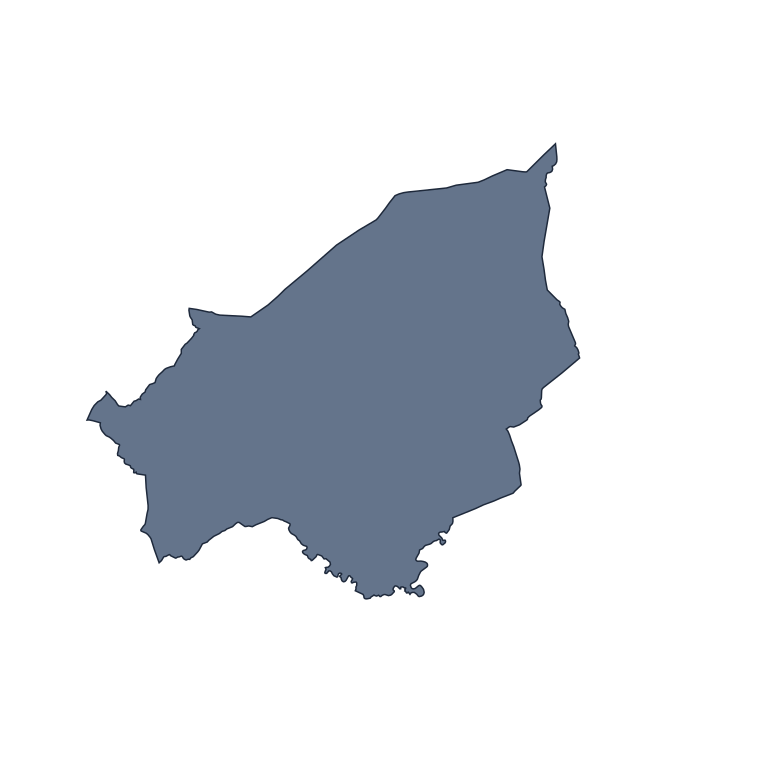 Phu Thien, Gia Lai, Vietnam (Robinson projection), rotated 49°
{"feature_id": "81297802B15377501666570", "entity_name": "Phu Thien", "entity_type": "district", "adm_level": 2, "iso_a3": "VNM", "parent_name": "Vietnam", "parent_adm1": "Gia Lai", "projection": "robinson", "projection_center": [108.328, 13.506], "detail": "fine", "context": "isolated", "style": "filled", "palette": "slate", "viewbox_px": 768, "rotation_deg": 49, "n_neighbors": 0, "source": "geoboundaries", "source_scale": "gbopen_adm2", "svg_char_len": 6169}
<svg xmlns="http://www.w3.org/2000/svg" viewBox="0 0 768 768"><g transform="rotate(49 384 384)"><path d="M559.8,502.4L559.4,500.8L559.7,499.6L561.1,497.9L564.1,497.2L566.5,497.3L567.2,497.1L567.7,496.7L568.7,494.7L568.9,493.2L568.7,492.1L568.2,491.2L567.5,490.3L564.9,488.9L562.3,488.6L560.7,488.6L559.6,488.9L559.1,489.5L558.9,490.6L558.8,494.6L557.8,496.4L556.8,497.0L555.6,497.1L553.3,496.2L552.7,495.3L552.5,494.5L553.5,490.5L553.6,488.4L553.2,486.8L551.2,483.3L549.8,479.8L549.6,478.6L550.1,472.0L550.0,470.9L549.6,470.3L548.6,469.5L547.6,469.2L545.7,469.6L543.7,470.8L541.9,472.3L539.8,474.9L538.7,475.4L537.6,475.3L537.1,475.0L536.5,473.9L534.6,468.5L532.6,466.0L533.5,462.8L533.0,460.3L533.0,458.6L534.9,454.5L535.3,453.0L535.3,450.0L535.7,448.5L536.5,447.3L537.1,444.3L537.8,443.9L538.7,443.9L540.7,445.8L543.0,445.9L543.9,445.2L544.0,442.3L543.5,441.1L542.7,440.5L541.9,440.4L540.7,442.0L540.2,442.2L539.3,441.7L537.9,441.4L534.2,441.7L532.9,441.1L532.5,440.6L532.6,438.8L533.7,437.4L534.9,435.2L535.9,435.3L537.4,434.9L537.6,434.3L536.7,430.3L534.6,427.3L534.3,424.3L534.0,423.5L532.8,422.0L530.1,419.8L538.1,396.5L540.5,388.1L544.5,377.5L546.4,371.3L550.9,358.8L551.1,358.0L550.7,355.6L550.3,347.2L549.9,346.6L540.2,340.3L537.4,337.2L533.8,334.9L531.4,333.7L516.4,327.2L510.5,325.1L504.9,322.7L500.8,321.4L498.2,321.3L498.6,317.3L498.9,316.7L501.6,314.3L503.7,308.5L504.9,299.9L504.8,299.0L503.8,297.6L503.7,295.2L505.0,284.2L505.1,280.8L505.0,280.1L504.3,279.2L502.1,278.9L501.1,278.4L499.1,277.0L498.6,276.5L498.5,275.4L497.7,274.3L492.4,269.3L491.5,267.9L491.3,265.9L492.4,242.2L492.7,219.3L488.9,217.7L488.7,216.9L488.2,216.4L485.4,215.2L482.9,214.7L480.3,215.1L479.4,213.1L478.3,212.4L461.7,207.0L459.8,205.8L457.9,203.5L454.5,201.9L450.0,200.5L446.3,198.5L443.6,199.4L441.6,199.5L439.1,199.1L437.9,197.6L437.1,197.4L434.0,198.2L420.2,199.1L411.7,194.1L402.3,187.9L391.6,181.3L381.4,169.6L360.1,143.5L340.6,133.6L340.6,131.7L340.1,130.5L339.8,130.2L337.3,129.7L335.7,128.1L334.5,126.1L333.2,125.0L332.2,123.5L332.0,122.2L333.2,120.1L333.6,118.3L333.5,117.5L332.5,115.8L330.0,114.2L330.5,112.8L330.5,110.1L329.6,107.9L328.0,106.2L325.9,104.5L315.2,97.0L315.9,112.8L317.5,137.0L316.7,138.2L315.0,139.9L303.0,150.5L298.1,165.6L295.6,174.7L293.5,180.6L281.3,199.1L277.1,208.2L255.0,239.7L252.5,243.6L250.4,248.0L249.1,252.1L250.7,260.7L252.4,267.8L254.8,279.9L255.0,282.3L251.4,301.9L248.0,328.7L248.2,367.5L247.6,396.5L248.2,406.1L248.3,419.6L246.0,440.5L239.6,446.8L224.3,462.7L220.9,465.2L216.5,466.8L215.1,468.8L204.9,476.4L199.1,481.4L200.3,482.8L205.2,485.9L207.0,486.4L209.7,486.7L213.6,489.3L214.7,489.2L216.0,488.4L217.8,488.8L221.1,487.1L220.9,488.8L221.6,490.3L221.7,491.4L221.2,493.3L221.8,495.0L222.5,495.7L223.2,499.1L223.9,505.8L223.6,508.0L224.9,514.3L227.9,516.9L229.9,523.4L232.1,529.2L232.8,530.3L230.9,533.9L229.3,538.1L229.0,540.1L229.3,543.0L229.4,547.7L229.8,550.0L230.4,552.3L232.7,555.9L231.9,558.5L230.8,560.9L230.7,561.5L232.0,567.6L233.3,569.6L233.0,573.1L233.9,576.2L234.2,576.8L235.9,577.9L234.3,579.1L233.9,582.1L233.0,583.9L234.0,589.6L232.4,590.6L232.0,591.2L231.6,594.2L226.7,598.5L224.7,598.6L220.3,597.9L215.4,598.3L212.0,598.1L206.9,598.6L209.0,599.5L209.6,600.5L210.5,608.3L209.7,611.7L210.1,616.8L211.5,621.3L216.4,631.8L217.6,630.2L220.7,627.8L227.2,623.5L228.9,625.4L232.2,627.0L234.8,627.6L239.1,627.7L240.8,627.5L243.9,626.1L245.7,625.7L249.3,625.2L252.5,625.3L256.1,623.4L256.9,623.9L257.7,625.7L260.0,628.2L261.7,630.8L263.2,631.8L264.7,630.9L267.3,630.5L269.9,629.2L270.6,629.4L271.9,630.8L273.3,631.6L275.1,631.4L277.3,630.0L279.3,629.1L280.6,629.8L281.5,629.9L284.1,628.9L285.1,629.5L286.4,630.9L286.9,631.0L287.7,630.2L287.9,628.9L289.1,629.4L289.7,629.4L296.3,623.8L306.2,631.5L321.0,641.8L323.8,644.3L326.4,647.9L332.5,655.4L333.2,656.6L333.5,659.1L334.5,663.1L335.2,663.7L335.7,663.7L340.5,661.4L342.6,661.0L346.2,661.1L348.0,661.4L358.5,666.0L371.4,671.0L371.3,667.8L370.0,663.8L370.1,663.1L371.0,661.7L371.8,658.1L372.3,657.6L373.3,657.8L378.6,655.6L379.0,654.9L379.2,653.4L380.2,651.8L380.8,650.1L381.3,649.6L382.2,649.5L383.8,649.8L385.0,649.7L386.6,649.1L387.2,648.5L387.3,647.8L388.0,646.5L388.9,645.7L388.5,643.8L389.2,641.2L388.5,634.8L388.0,632.4L385.5,625.9L387.3,621.1L387.0,618.7L387.3,612.3L388.9,606.2L389.0,603.0L390.2,600.2L390.3,597.7L392.3,591.9L392.1,587.6L392.3,585.5L393.3,584.2L400.2,582.5L400.9,581.8L402.4,579.2L405.3,577.0L406.2,573.1L409.2,564.5L409.9,560.6L411.3,556.3L415.8,552.4L418.9,550.8L420.0,549.8L422.1,549.2L423.5,548.4L427.6,546.7L428.4,547.0L429.0,547.7L430.2,550.6L431.8,551.5L434.0,552.0L436.0,552.0L439.3,550.8L441.3,550.4L444.8,551.1L447.1,550.6L450.3,551.2L452.8,550.7L455.8,548.9L456.8,549.2L457.8,550.7L457.8,551.9L456.7,554.2L456.9,555.3L457.8,555.9L459.1,556.0L460.9,555.5L463.1,554.4L465.4,555.2L466.8,555.1L468.2,554.4L469.5,554.8L469.9,554.3L470.0,553.6L469.8,548.7L468.9,546.4L469.2,545.8L472.9,543.8L476.7,544.0L477.8,542.4L483.0,541.6L485.0,542.7L485.6,544.6L485.6,546.3L484.3,548.2L484.1,548.8L485.7,549.2L487.3,552.2L487.9,552.6L488.4,552.6L489.3,551.5L488.9,548.3L489.7,547.3L491.2,546.9L493.4,547.5L495.9,547.6L498.9,546.2L499.0,545.4L497.6,543.3L497.4,542.6L497.7,541.4L498.5,540.7L499.4,540.5L499.8,540.8L499.9,543.2L500.2,543.8L501.8,543.4L503.5,544.4L505.1,544.8L506.3,544.5L506.9,544.1L507.4,542.9L507.3,541.4L505.6,536.7L505.8,536.1L506.5,535.6L508.4,535.7L510.1,535.3L510.5,535.7L511.5,538.3L512.7,538.9L513.3,538.5L513.8,536.9L514.7,535.5L515.2,535.0L516.3,535.1L518.2,536.9L518.8,538.4L520.3,539.6L521.2,541.3L529.1,537.8L530.7,538.3L532.3,539.3L533.4,539.2L534.3,538.6L535.1,537.6L536.6,534.9L536.2,533.1L536.5,532.1L536.7,530.0L537.9,529.6L539.2,528.7L539.9,526.6L541.8,526.5L542.3,525.8L542.3,524.1L542.9,522.1L543.7,521.2L546.6,519.5L547.7,517.5L547.9,516.3L547.5,512.5L546.8,512.0L545.5,512.2L544.9,511.9L544.1,510.7L543.7,509.0L543.7,508.0L544.5,507.3L545.6,506.7L549.1,506.4L549.5,505.7L548.4,504.8L548.4,504.4L549.5,502.8L550.3,502.8L552.2,501.5L552.4,501.6L552.5,502.9L553.4,503.0L553.8,504.1L554.8,503.8L556.4,504.1L556.9,503.7L556.9,502.4L557.1,502.2L559.8,502.4Z" fill="#64748b" stroke="#1e293b" stroke-width="1.5"/></g></svg>